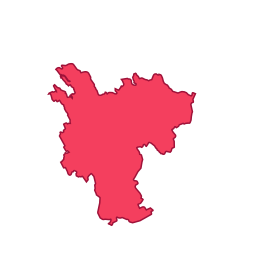 the border of Rostov, rotated 61°
{"feature_id": "RUS-2367", "entity_name": "Rostov", "entity_type": "Region", "adm_level": 1, "iso_a3": "RUS", "parent_name": "Russia", "parent_adm1": "", "projection": "robinson", "projection_center": [41.086, 48.087], "detail": "fine", "context": "isolated", "style": "filled", "palette": "rose", "viewbox_px": 256, "rotation_deg": 61, "n_neighbors": 0, "source": "natural_earth", "source_scale": "10m", "svg_char_len": 5812}
<svg xmlns="http://www.w3.org/2000/svg" viewBox="0 0 256 256"><g transform="rotate(61 128 128)"><path d="M89.7,94.1L90.4,93.9L90.8,92.0L91.4,91.2L93.8,89.6L95.3,87.9L96.5,87.2L96.7,86.9L96.7,85.6L97.2,83.8L94.5,80.5L93.9,79.5L93.8,78.4L94.3,77.2L95.9,76.3L96.3,75.8L96.5,75.1L96.1,74.8L97.4,73.6L98.3,73.4L100.8,73.6L104.3,74.5L106.5,74.6L108.2,73.8L109.3,72.9L109.9,72.7L111.8,72.5L112.9,72.6L115.3,71.3L117.5,71.2L121.5,67.5L121.8,66.6L121.9,64.9L122.3,63.2L123.7,61.2L125.5,59.8L128.1,59.1L130.4,57.3L130.6,56.8L130.3,56.2L128.7,54.9L128.5,54.5L128.7,54.0L130.7,52.4L134.4,57.3L136.5,58.0L137.1,58.5L137.0,59.4L136.9,60.2L137.8,61.6L145.1,63.8L145.9,64.8L148.5,66.9L151.7,69.1L153.4,71.1L153.6,71.8L152.5,73.8L151.9,75.5L151.7,77.0L150.8,77.4L150.6,77.9L150.4,79.7L150.1,81.4L150.2,81.8L151.0,82.9L151.2,85.4L150.9,85.7L149.9,85.9L149.6,86.4L150.7,88.5L150.6,90.2L151.3,90.6L153.5,90.6L157.3,89.9L158.2,90.2L159.0,91.3L159.3,93.2L159.6,93.7L162.1,94.1L167.2,96.8L167.3,97.3L167.1,99.1L167.5,99.8L169.1,101.4L169.6,102.8L167.0,105.9L167.1,106.7L168.3,108.5L168.4,109.1L168.0,110.1L167.1,110.5L166.4,111.6L165.2,111.8L164.4,112.2L163.0,112.3L161.4,113.1L160.2,112.9L158.8,113.4L156.5,113.4L152.4,115.1L150.9,116.4L150.8,117.0L152.0,119.0L152.9,120.8L152.6,121.1L150.6,121.4L150.2,121.8L150.1,122.3L150.2,122.8L151.3,123.9L151.6,125.3L151.5,125.5L150.5,126.1L150.2,126.5L149.4,128.9L149.4,129.7L149.6,130.0L151.0,130.1L153.8,129.8L155.1,129.9L156.6,130.5L157.6,129.6L158.2,129.4L162.7,130.5L164.4,132.2L169.4,136.2L171.0,140.5L174.3,145.7L175.3,147.7L175.9,148.3L177.1,148.0L178.6,146.1L179.4,145.9L181.0,146.0L181.4,146.3L181.6,147.1L181.6,148.8L182.5,150.0L183.5,150.4L184.6,150.4L190.8,149.2L193.3,149.2L194.1,149.3L195.8,150.6L197.1,149.7L197.8,149.5L198.5,150.5L199.8,153.2L199.9,154.2L199.6,156.1L199.9,156.4L203.8,156.8L204.1,153.5L204.7,152.4L205.5,151.9L208.5,151.7L208.8,147.2L211.8,146.0L212.3,146.2L212.3,148.0L212.5,148.4L214.4,149.0L214.7,149.2L214.8,149.5L214.9,162.4L213.1,169.9L211.1,171.9L210.3,172.3L208.7,172.1L207.8,172.5L207.3,173.5L203.8,176.2L203.4,176.7L203.2,177.9L202.3,179.5L200.8,180.7L200.6,181.2L201.0,181.7L203.3,182.4L203.8,183.0L203.6,187.0L205.0,188.7L205.1,189.1L205.0,189.7L203.8,190.3L202.4,191.5L202.1,191.4L202.0,189.8L201.5,188.9L200.9,188.0L199.9,187.3L199.5,187.3L199.3,187.6L199.1,188.7L196.8,192.1L196.0,194.1L195.2,194.8L193.1,195.9L187.7,195.6L186.7,195.0L179.8,189.0L175.5,186.3L175.0,186.3L171.2,188.0L170.1,187.7L166.4,187.3L166.1,187.2L164.9,186.0L161.7,184.7L161.6,184.1L160.7,183.2L153.8,181.3L150.5,182.0L150.1,182.2L150.0,182.5L150.7,185.3L151.6,187.0L152.1,187.4L153.4,187.7L154.0,188.1L155.0,190.5L148.9,191.1L148.0,191.5L148.0,192.5L147.7,193.1L147.0,193.8L146.7,195.2L145.7,195.6L145.0,196.3L144.6,196.3L142.9,195.7L142.6,194.9L141.6,194.2L140.9,194.3L139.4,195.4L139.1,195.8L139.1,196.2L139.7,197.1L139.3,198.0L139.5,198.5L141.0,200.3L141.2,201.1L140.9,201.9L140.1,202.4L138.9,202.6L136.5,202.1L132.6,201.9L132.2,202.0L131.8,203.5L131.3,203.6L125.3,203.4L125.2,201.7L124.6,201.1L124.5,200.0L124.2,199.3L123.2,198.8L122.0,197.6L120.5,197.2L120.2,196.8L120.0,195.5L119.3,194.9L119.5,194.5L120.2,194.0L120.5,193.5L120.6,191.3L118.8,191.9L118.6,192.0L118.5,193.2L118.2,193.4L113.7,193.5L113.3,193.0L113.1,192.0L112.9,191.8L101.8,191.8L101.3,191.3L100.5,189.9L98.9,189.5L98.8,189.1L99.1,188.6L100.3,187.5L100.2,186.1L98.8,185.5L98.3,183.2L98.1,183.0L93.9,182.5L93.5,182.4L93.4,181.9L93.6,179.7L94.0,179.3L95.0,179.0L95.2,177.5L96.0,176.2L94.3,175.6L92.9,174.7L87.8,174.6L87.5,174.6L87.1,174.0L86.4,173.8L84.7,173.9L84.0,174.2L80.3,174.2L79.8,173.7L77.5,173.4L77.1,173.2L76.5,173.1L75.5,173.9L74.2,174.3L70.6,174.5L70.5,175.1L70.8,176.2L70.7,177.0L70.4,177.3L69.2,177.3L68.8,177.5L68.6,178.3L68.8,179.6L68.6,179.9L66.3,180.5L62.5,179.5L60.5,179.3L60.2,179.5L59.8,180.9L59.3,180.1L59.6,176.5L60.4,176.0L60.7,174.2L60.6,173.2L61.4,172.9L61.0,172.7L60.0,172.6L59.4,172.9L55.1,172.7L54.8,172.4L54.6,171.2L58.4,170.1L60.1,168.4L62.2,168.2L63.7,167.1L65.0,165.9L66.1,165.2L66.7,165.3L67.2,165.9L68.3,165.4L71.4,166.1L71.9,165.9L72.2,165.4L72.6,163.4L73.2,162.9L75.0,162.3L74.1,161.7L73.3,161.8L71.9,163.3L71.5,162.9L71.4,162.6L71.7,161.6L71.2,161.4L71.1,161.1L71.3,159.6L71.8,159.6L72.0,159.1L72.0,158.0L71.5,157.1L69.3,156.9L68.5,156.5L68.0,156.7L66.6,156.2L64.4,157.4L62.5,157.4L62.1,158.5L62.3,159.6L60.8,159.9L59.7,160.6L57.6,160.6L54.0,161.5L51.4,161.6L51.8,162.0L51.8,162.3L50.3,162.1L49.7,161.8L49.2,161.3L49.7,161.1L50.1,160.3L50.8,159.9L51.6,158.6L52.5,158.2L57.7,157.7L59.0,156.6L59.0,156.2L58.7,156.2L57.9,157.2L52.6,157.8L51.4,158.2L50.4,158.9L49.9,159.9L48.8,160.6L48.4,161.4L47.8,161.6L43.2,162.2L41.8,162.7L41.4,161.7L41.3,160.6L41.5,159.6L42.0,158.7L43.8,157.8L44.2,157.3L44.3,156.6L44.0,156.2L43.6,156.0L41.5,156.1L41.1,155.7L41.2,155.1L41.6,154.5L43.1,152.4L43.3,151.4L43.3,148.9L43.7,147.7L44.2,146.5L45.0,145.4L45.9,144.9L51.8,144.2L52.6,143.9L54.7,142.2L56.7,142.4L57.0,141.8L57.3,140.4L57.8,138.7L58.5,137.4L59.5,136.4L60.8,135.9L65.4,136.0L66.9,136.9L67.5,137.0L73.3,136.4L73.9,136.5L75.3,137.3L77.2,137.0L78.6,137.3L80.3,137.0L84.0,137.7L85.0,137.5L85.7,136.9L86.1,136.0L86.4,135.0L86.2,134.0L86.7,132.4L86.3,131.2L85.7,130.5L86.3,129.9L88.1,129.7L88.1,129.4L87.7,128.3L87.8,127.4L88.1,126.7L89.5,124.5L91.9,122.7L92.3,122.0L92.4,121.3L92.0,120.7L91.4,120.6L89.3,121.1L87.4,120.1L89.3,118.7L90.4,117.7L88.8,114.4L88.2,113.9L88.2,113.3L88.8,113.2L88.9,112.9L88.5,111.3L88.0,110.7L87.3,110.3L83.9,110.0L82.3,110.2L84.3,104.6L84.6,104.3L85.3,104.0L85.9,102.9L86.5,102.4L87.7,102.1L90.8,103.2L92.0,103.0L93.2,102.2L94.1,100.9L94.2,100.2L93.6,99.7L92.9,99.6L91.9,100.5L91.3,100.8L90.1,99.9L88.8,100.0L85.9,99.3L85.0,97.8L83.6,96.7L83.8,94.9L84.3,94.6L85.7,94.7L88.0,94.0L89.7,94.1Z" fill="#f43f5e" stroke="#9f1239" stroke-width="1.5"/></g></svg>